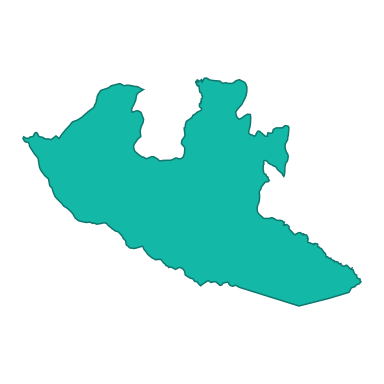 Santo Domingo Tepuxtepec, Oaxaca, Mexico (Natural Earth projection)
{"feature_id": "50627088B60022812235363", "entity_name": "Santo Domingo Tepuxtepec", "entity_type": "district", "adm_level": 2, "iso_a3": "MEX", "parent_name": "Mexico", "parent_adm1": "Oaxaca", "projection": "natural_earth1", "projection_center": [-96.068, 16.934], "detail": "fine", "context": "isolated", "style": "filled", "palette": "teal", "viewbox_px": 384, "rotation_deg": 0, "n_neighbors": 0, "source": "geoboundaries", "source_scale": "gbopen_adm2", "svg_char_len": 5988}
<svg xmlns="http://www.w3.org/2000/svg" viewBox="0 0 384 384"><path d="M23.8,136.8L23.0,138.3L24.5,141.2L25.6,142.0L28.1,142.2L29.4,144.4L29.5,146.1L30.9,148.5L34.6,154.1L38.0,158.0L39.6,167.7L41.3,171.0L44.7,175.6L48.5,178.9L49.7,185.5L50.2,186.3L52.0,188.0L53.2,192.2L55.1,196.6L57.1,198.9L61.9,203.6L63.4,205.7L64.4,206.5L67.5,208.4L71.5,212.2L73.0,214.2L75.2,218.0L75.9,218.7L78.7,220.8L82.7,221.8L86.5,222.5L89.6,222.1L91.0,222.5L92.4,223.4L94.3,223.1L96.6,224.2L102.2,223.3L103.9,222.7L106.6,223.4L107.3,224.5L109.5,226.5L111.4,227.9L112.2,228.9L113.6,229.6L115.1,230.9L117.9,231.7L118.6,232.1L121.9,235.8L123.0,237.5L123.2,238.4L125.2,240.3L125.7,241.3L126.3,244.9L127.8,245.9L129.7,247.9L132.3,248.2L133.1,248.5L135.3,248.3L142.2,246.3L142.8,246.5L144.0,249.4L144.8,250.5L145.7,251.2L147.1,253.5L148.5,255.0L151.6,257.6L155.7,259.8L157.3,259.4L158.6,259.6L160.2,259.1L161.9,260.6L163.7,263.1L164.9,263.8L166.1,265.7L167.5,266.0L168.1,266.4L168.6,267.4L170.4,267.1L171.4,267.2L175.5,269.4L177.2,268.6L178.5,267.5L180.7,267.7L182.9,268.9L184.6,271.3L185.3,275.0L188.9,277.4L190.7,278.3L192.8,278.7L194.6,281.4L196.7,281.6L199.4,284.7L200.7,285.8L201.3,285.4L201.5,284.9L207.6,280.9L208.4,280.7L211.0,282.5L214.1,281.7L215.6,281.8L217.1,282.7L217.6,283.5L218.4,283.7L218.8,284.4L219.7,285.2L220.4,285.4L220.9,285.3L221.9,284.8L223.2,283.0L227.8,282.1L228.4,282.6L229.0,284.2L230.1,285.4L232.7,286.3L235.6,285.2L238.7,287.0L240.8,287.8L298.9,306.0L329.5,298.2L349.0,292.3L351.4,287.8L354.7,286.8L356.7,284.7L359.3,283.8L361.0,281.6L360.0,280.6L360.1,279.1L359.4,278.8L358.3,278.7L356.8,277.2L356.6,275.1L355.1,274.4L353.9,272.4L353.3,270.2L352.9,269.7L351.5,269.3L351.9,268.2L350.3,269.0L349.5,267.9L346.8,265.3L345.8,265.3L344.3,266.3L343.1,266.2L342.1,265.5L341.4,265.2L340.9,263.5L340.3,263.5L339.4,263.9L338.4,263.2L338.1,262.3L337.3,261.9L335.7,261.5L334.5,261.9L334.2,260.7L331.3,259.6L330.9,258.2L329.3,258.3L327.4,256.8L326.6,257.1L326.1,256.6L325.8,254.7L325.2,253.5L324.5,252.6L323.8,252.4L323.6,252.0L323.4,251.2L322.7,250.6L321.5,248.7L321.0,248.3L319.9,248.1L319.0,247.0L318.3,247.0L317.7,246.6L317.7,244.2L317.3,243.9L315.0,243.4L314.0,244.6L313.6,243.9L313.1,243.9L312.7,244.1L309.5,242.6L307.8,242.4L307.6,241.8L307.7,241.0L308.1,239.9L308.0,239.0L307.6,238.7L308.1,238.1L306.7,235.2L306.2,234.9L304.7,234.7L303.4,233.8L303.2,234.0L303.0,234.8L302.5,234.6L301.6,233.4L300.5,232.7L298.9,232.6L296.3,233.8L295.6,234.5L295.2,234.7L293.9,234.2L291.7,231.5L289.2,229.1L289.1,227.1L288.6,225.9L286.6,224.5L285.6,224.6L284.7,225.0L284.3,225.6L283.7,225.2L283.8,224.7L283.7,224.0L284.4,222.2L283.6,222.2L282.5,221.0L280.9,220.4L277.0,220.3L276.0,219.9L274.7,218.9L272.5,217.8L270.8,217.7L269.7,218.4L263.8,218.4L258.8,214.0L257.4,211.7L257.1,209.0L257.3,206.9L257.9,204.6L258.6,203.2L259.1,201.6L259.6,197.8L259.5,194.0L259.2,192.3L259.6,190.9L260.9,189.1L261.3,187.1L264.1,183.4L265.6,182.0L268.1,181.7L269.3,180.4L268.2,178.9L268.0,177.3L267.7,176.9L266.9,176.6L266.3,175.8L265.9,174.4L264.3,173.9L263.5,171.8L263.5,170.6L263.1,170.1L263.2,166.4L263.3,165.1L264.0,164.1L263.7,163.0L263.6,161.6L264.0,160.8L265.7,160.5L267.1,161.3L268.6,163.2L269.8,164.0L272.1,164.9L273.1,165.8L275.5,166.6L276.5,167.6L277.3,169.2L278.3,170.3L282.2,173.6L282.7,175.0L283.8,176.4L284.4,174.8L284.8,171.6L284.9,167.1L285.2,165.0L285.9,163.1L287.4,160.9L288.0,158.4L288.2,156.3L287.9,154.6L286.1,151.4L285.3,148.5L285.0,145.9L285.4,143.7L287.6,139.8L287.8,136.8L288.2,135.9L288.4,134.4L288.9,127.5L288.0,126.1L285.2,125.6L283.4,126.8L283.0,127.8L276.2,127.9L273.4,129.4L272.4,132.7L271.2,133.3L270.0,133.2L268.0,132.7L267.4,134.7L267.5,136.3L265.2,136.2L259.6,131.3L257.8,131.2L256.2,133.6L256.1,134.7L254.6,136.2L251.6,134.8L250.5,134.6L248.8,133.5L248.8,130.9L250.0,126.5L250.5,122.9L250.7,117.6L250.4,114.5L247.5,114.2L244.2,116.1L242.2,117.8L239.0,119.3L237.0,117.1L236.3,115.5L235.8,113.4L235.9,111.9L236.7,110.3L241.9,104.3L245.0,98.2L246.2,95.0L246.8,91.6L246.9,87.3L246.1,84.6L244.7,82.4L239.5,79.7L236.0,80.7L233.4,82.9L231.7,83.4L228.0,83.4L225.9,82.7L222.7,83.4L219.9,81.1L213.1,80.5L210.0,80.0L209.2,79.7L208.3,78.9L207.7,78.9L206.7,78.0L204.3,78.3L203.2,80.1L203.0,80.7L202.7,80.9L202.1,82.2L201.9,81.8L201.7,80.0L201.4,79.6L200.4,80.6L199.8,81.0L199.2,81.1L197.3,79.9L197.0,80.1L197.0,80.5L197.9,81.7L197.9,82.0L197.3,82.0L196.1,81.3L195.8,81.4L195.7,81.7L195.8,82.5L197.4,85.9L197.7,86.0L198.5,85.4L199.0,86.1L199.2,88.4L199.8,92.1L200.7,92.5L201.1,92.9L202.4,96.6L202.3,97.7L201.2,99.1L201.3,101.1L200.8,101.4L201.1,102.9L200.9,103.6L200.3,103.8L200.0,103.4L199.5,103.8L199.4,104.7L199.4,105.9L199.7,106.8L200.4,107.6L201.3,108.1L201.7,109.4L200.8,110.5L196.6,112.5L196.2,113.2L195.6,113.7L192.9,115.3L191.9,117.5L190.8,118.1L190.2,118.9L186.7,121.0L186.3,121.6L185.6,123.7L185.0,127.7L184.1,128.0L185.0,135.4L184.1,137.3L182.1,139.8L181.5,142.2L181.5,143.8L183.9,146.4L184.8,148.3L184.4,153.6L183.1,157.1L181.7,158.2L180.4,158.8L179.2,158.8L176.0,157.9L171.1,160.2L162.8,160.4L161.5,160.8L159.5,160.9L157.8,159.2L153.7,156.7L151.4,156.7L147.0,158.6L145.8,158.5L143.4,157.0L142.1,157.0L138.9,154.8L134.9,151.3L134.1,149.2L133.6,147.2L133.7,145.6L134.5,143.8L138.0,138.9L140.8,136.6L140.3,132.5L140.3,129.9L141.3,126.4L143.1,122.5L143.6,119.2L140.9,112.3L138.0,110.8L136.3,110.9L132.9,112.0L131.9,112.1L131.6,108.9L134.1,104.0L135.7,100.1L136.5,95.3L137.9,93.1L143.4,89.5L141.8,89.1L138.5,87.1L136.7,86.5L134.7,86.4L130.6,85.5L127.5,85.1L124.4,85.7L123.1,85.4L121.9,84.5L119.7,83.6L111.1,85.8L108.6,87.8L100.7,90.5L98.2,94.2L97.2,96.5L97.1,97.9L96.4,100.0L96.3,102.0L94.8,104.8L94.0,107.1L92.3,108.6L88.3,111.5L81.8,117.3L77.5,120.0L72.9,121.7L71.3,123.1L70.0,125.1L65.9,129.4L62.2,133.9L59.0,138.5L56.0,135.9L51.1,139.7L49.0,139.0L47.2,138.9L46.2,139.1L44.8,138.7L42.9,137.4L39.5,136.7L38.4,135.8L37.5,133.6L36.6,132.5L35.3,132.7L34.0,134.3L33.7,136.0L32.0,136.6L30.1,137.0L28.9,138.0L27.7,138.4L25.9,138.2L23.8,136.8Z" fill="#14b8a6" stroke="#0f766e" stroke-width="1.5"/></svg>